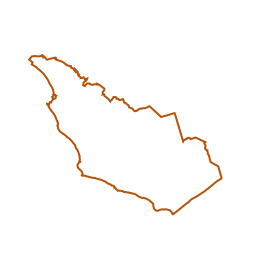 outline of Manta, Manabi, Ecuador, rotated 254°
{"feature_id": "8360857B72136829689010", "entity_name": "Manta", "entity_type": "district", "adm_level": 2, "iso_a3": "ECU", "parent_name": "Ecuador", "parent_adm1": "Manabi", "projection": "mercator", "projection_center": [-80.772, -1.033], "detail": "fine", "context": "isolated", "style": "outline", "palette": "amber", "viewbox_px": 256, "rotation_deg": 254, "n_neighbors": 0, "source": "geoboundaries", "source_scale": "gbopen_adm2", "svg_char_len": 5635}
<svg xmlns="http://www.w3.org/2000/svg" viewBox="0 0 256 256"><g transform="rotate(254 128 128)"><path d="M214.2,77.0L215.2,77.4L215.3,78.0L215.6,77.8L215.9,76.5L215.9,75.0L216.0,71.7L215.9,69.2L216.9,68.4L219.6,67.2L219.2,66.0L221.2,65.3L221.3,65.9L221.6,65.8L221.3,64.5L221.5,64.4L221.2,63.7L221.2,63.1L221.7,61.1L222.2,60.1L222.9,58.0L223.3,55.3L221.0,51.8L217.4,54.4L215.6,53.0L214.0,54.6L212.1,56.3L210.7,57.2L209.5,57.8L209.1,58.3L208.4,58.8L203.5,61.7L201.0,62.7L197.2,64.0L194.4,64.6L192.8,64.8L191.6,65.0L190.7,65.4L189.8,65.5L188.6,66.0L188.0,66.1L186.0,66.4L184.7,66.4L184.0,66.3L183.5,66.4L182.1,66.2L181.8,66.0L180.3,65.7L179.9,65.8L179.8,66.2L179.9,66.4L180.0,66.3L180.0,66.2L180.1,66.5L180.0,67.0L179.8,67.0L179.9,66.5L179.7,66.7L179.6,66.8L179.7,66.3L179.2,67.4L179.1,67.5L179.0,67.3L177.6,67.1L177.0,66.9L176.6,66.5L176.5,66.3L176.3,64.5L176.1,63.9L176.3,63.9L178.9,64.3L179.1,64.1L179.0,63.8L178.7,63.7L178.4,63.9L175.9,63.6L175.5,62.9L175.0,62.2L173.7,61.2L174.4,60.0L172.4,58.5L173.7,56.9L173.4,56.7L172.5,57.2L171.4,57.5L171.1,58.0L170.5,57.8L170.0,57.8L168.3,58.2L167.2,58.5L166.8,58.8L165.8,59.1L165.0,59.2L164.6,59.6L164.1,59.9L163.2,60.1L162.4,60.5L161.6,60.6L159.7,61.2L157.3,61.5L155.5,61.6L154.1,61.9L152.4,62.1L152.2,62.1L151.8,61.9L150.9,61.8L150.4,61.4L150.2,61.0L149.9,60.8L147.9,61.0L147.6,60.9L147.2,60.7L146.9,60.7L146.0,60.9L145.6,61.1L145.1,61.2L144.1,61.3L143.3,61.9L142.3,62.4L141.3,63.3L140.9,63.7L140.2,64.0L139.8,64.5L138.9,65.1L138.5,65.6L138.2,65.7L137.4,66.3L136.4,66.7L135.1,67.7L134.2,68.6L132.8,69.3L132.4,69.5L131.3,70.2L126.3,72.3L124.3,72.4L123.2,72.5L122.0,72.8L121.3,73.2L120.6,73.3L120.3,73.5L116.5,73.7L115.0,73.7L114.2,73.7L113.7,73.6L112.8,73.3L110.6,72.9L109.8,72.4L109.6,72.1L109.2,71.9L108.8,72.8L108.0,73.3L108.7,72.6L109.1,71.8L108.2,71.3L107.8,70.8L107.5,70.2L107.0,69.6L106.2,69.1L104.1,69.0L103.1,69.3L102.4,69.6L101.5,70.1L99.8,71.2L98.8,71.5L98.2,71.7L97.7,71.8L95.4,71.4L95.2,71.2L95.3,70.6L95.2,70.5L94.9,70.7L94.6,71.4L94.4,72.7L94.1,72.9L93.8,73.7L92.8,75.1L92.2,76.3L91.8,76.8L91.3,77.8L90.5,78.9L90.4,79.5L90.0,80.0L89.5,81.2L88.8,82.6L88.1,83.6L87.9,84.1L86.9,85.8L85.3,88.3L83.4,90.6L82.3,91.9L81.2,92.6L80.3,93.2L80.1,93.4L79.6,94.4L78.8,95.2L78.4,95.7L77.8,96.1L77.1,96.5L76.9,97.5L76.4,98.1L75.9,98.5L75.3,98.8L74.8,98.3L74.5,98.3L74.2,98.4L73.9,99.0L73.4,99.6L73.1,99.7L72.1,99.8L71.9,100.0L71.7,100.5L71.2,100.7L70.8,100.8L70.9,101.0L70.7,101.2L70.7,101.5L70.1,102.1L69.8,103.4L68.8,105.2L68.6,105.7L68.3,106.1L67.7,106.3L67.6,107.1L67.1,108.1L66.8,108.3L66.7,108.8L66.5,109.3L66.3,109.7L66.1,110.2L65.4,111.4L65.1,112.2L64.6,112.7L64.4,113.4L63.7,114.4L62.7,116.4L62.2,117.0L61.2,117.8L60.8,117.9L59.6,119.2L59.2,119.3L57.7,121.2L57.4,121.5L57.2,121.7L56.6,122.8L56.7,123.4L55.1,126.1L54.6,126.6L52.6,128.5L51.7,129.1L50.6,129.7L49.8,130.3L49.3,130.8L48.8,131.0L48.1,131.2L47.1,131.1L46.4,130.9L45.1,130.9L44.1,130.8L43.5,130.8L42.9,130.9L41.7,131.7L41.1,132.2L40.5,132.8L40.3,133.1L40.3,133.4L40.5,136.7L40.5,137.8L40.2,138.7L39.6,141.2L39.1,142.6L37.5,145.3L37.3,145.6L36.2,146.2L35.8,146.4L35.0,146.8L34.2,146.8L32.7,147.3L32.7,147.6L32.8,148.1L33.3,148.7L33.5,149.5L34.9,153.2L38.9,162.4L39.4,163.7L39.9,165.7L41.4,168.0L41.9,169.2L42.4,171.1L43.0,174.1L43.4,175.8L44.6,179.4L45.2,181.3L45.4,182.2L45.8,183.1L46.3,184.7L47.1,186.4L47.8,188.7L48.4,189.6L48.6,190.5L49.2,191.7L49.3,192.2L50.0,193.4L50.8,195.3L51.3,196.2L51.6,197.3L52.1,198.3L52.6,199.8L52.8,200.9L53.4,203.0L53.7,203.8L54.1,204.2L66.2,204.2L66.8,203.7L72.6,198.0L79.2,198.2L80.4,197.8L84.0,197.9L84.4,197.7L84.5,197.8L84.4,198.1L84.6,198.2L84.9,197.8L86.1,196.7L86.3,196.6L86.7,196.7L87.2,196.5L87.5,196.5L88.1,197.0L88.9,197.2L89.5,197.7L90.1,197.7L91.6,197.1L92.7,197.2L92.9,197.3L93.0,198.2L93.1,198.4L100.2,190.4L100.0,185.5L100.0,185.4L100.5,185.3L100.6,184.8L100.7,184.7L101.2,184.6L101.6,184.3L102.0,182.8L101.7,182.7L101.6,181.9L101.4,181.5L101.5,180.6L101.4,180.4L101.1,180.4L101.0,179.6L101.0,178.5L100.5,178.1L99.8,177.3L110.3,177.2L129.3,177.0L129.5,176.8L129.4,168.6L129.5,162.9L140.7,156.1L142.9,154.7L142.8,153.2L142.6,152.8L142.6,151.6L142.5,151.2L142.3,150.1L142.8,148.0L142.8,147.1L143.2,145.6L143.3,144.7L143.2,143.9L142.2,141.6L142.2,140.1L142.4,138.8L145.2,137.7L145.9,137.1L146.4,136.2L147.5,134.8L148.5,134.7L149.1,134.8L149.7,134.6L150.3,134.3L151.1,133.4L152.0,133.0L152.9,132.5L153.1,132.3L153.2,132.0L153.4,131.4L153.6,131.3L156.3,131.3L156.9,131.4L157.1,131.3L157.2,131.1L157.1,129.3L157.1,128.9L156.9,128.3L157.1,127.6L157.3,127.4L158.2,127.0L158.6,126.8L158.9,126.3L159.1,125.3L159.3,125.1L159.6,125.0L160.1,125.0L160.4,125.2L160.6,125.1L161.2,124.5L161.4,124.0L161.5,123.1L161.7,122.8L161.6,122.4L161.1,122.0L160.8,121.5L159.9,120.8L159.6,120.3L159.5,119.6L158.9,118.7L158.4,118.4L161.2,117.2L164.4,115.0L165.1,114.3L166.5,114.4L167.0,114.1L167.1,112.8L167.8,113.2L168.6,113.3L169.6,113.6L170.3,114.6L170.7,115.4L170.9,115.6L171.5,115.9L172.3,116.2L177.3,112.4L179.0,110.4L178.3,110.3L178.8,109.2L179.3,107.8L179.3,107.3L179.3,106.4L179.2,105.9L179.4,105.5L180.6,103.5L181.2,103.3L181.4,103.3L182.1,100.8L180.2,98.0L181.6,96.6L182.9,97.4L183.9,98.0L184.5,98.9L185.1,100.7L185.3,101.2L185.8,101.7L186.8,102.4L186.6,100.1L187.9,99.8L189.0,99.1L188.7,98.3L188.9,97.8L188.9,97.0L189.1,96.5L189.1,96.3L189.5,96.4L190.0,96.3L190.9,95.6L191.1,95.3L192.6,94.7L192.9,95.6L195.6,94.4L195.8,95.0L196.6,94.7L196.0,93.3L198.1,92.5L198.6,93.7L200.1,92.8L199.7,91.8L200.5,91.5L201.9,89.8L203.1,90.2L205.1,86.5L205.8,86.5L206.1,86.2L206.5,85.6L206.5,85.4L207.4,85.1L210.1,82.8L210.4,82.2L211.6,80.5L214.2,77.0Z" fill="none" stroke="#b45309" stroke-width="2"/></g></svg>